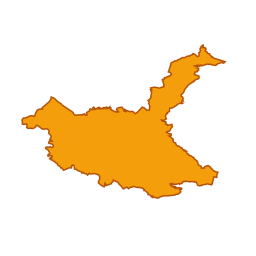 the district of Teocaltiche, Jalisco, Mexico, rotated 83°
{"feature_id": "50627088B70831883496545", "entity_name": "Teocaltiche", "entity_type": "district", "adm_level": 2, "iso_a3": "MEX", "parent_name": "Mexico", "parent_adm1": "Jalisco", "projection": "equal_earth", "projection_center": [-102.54, 21.482], "detail": "fine", "context": "isolated", "style": "filled", "palette": "amber", "viewbox_px": 256, "rotation_deg": 83, "n_neighbors": 0, "source": "geoboundaries", "source_scale": "gbopen_adm2", "svg_char_len": 5786}
<svg xmlns="http://www.w3.org/2000/svg" viewBox="0 0 256 256"><g transform="rotate(83 128 128)"><path d="M182.9,44.2L181.7,47.1L180.5,48.6L176.7,51.2L175.1,53.0L175.6,56.4L177.3,57.5L176.8,58.3L176.8,60.0L175.0,60.1L172.9,62.8L170.4,63.0L168.9,63.7L166.6,66.1L165.3,66.2L165.0,67.2L163.4,68.8L162.2,71.1L161.5,71.0L160.8,72.2L159.5,72.9L158.4,72.5L158.2,73.4L157.5,73.7L157.7,74.3L157.4,75.2L156.8,75.5L156.6,75.1L156.1,76.3L155.5,76.3L155.1,77.0L154.2,77.0L153.4,78.7L152.1,79.8L152.0,80.7L150.9,82.2L148.6,82.6L147.9,84.4L146.1,84.9L145.6,84.5L145.2,85.0L144.8,84.6L144.2,84.9L140.8,88.3L140.8,86.1L139.2,85.9L138.4,88.4L137.1,90.4L136.3,89.7L136.3,87.5L135.7,86.7L133.8,85.7L132.1,83.8L129.8,84.0L130.3,88.3L129.3,88.5L129.4,89.1L128.4,90.4L127.0,89.5L126.4,89.7L125.5,92.8L124.3,93.7L124.8,91.6L123.6,88.8L122.4,89.4L120.2,89.2L118.9,88.3L118.6,87.3L118.2,87.7L117.7,87.5L116.6,84.9L114.0,84.4L113.4,83.8L113.6,81.8L111.3,76.8L110.6,76.3L109.8,73.4L110.4,71.4L110.1,70.7L109.0,71.7L107.7,71.3L107.3,70.5L107.6,70.2L106.9,70.4L105.8,69.6L103.8,70.2L103.0,71.3L101.6,71.2L99.3,68.3L97.2,67.4L92.7,62.9L90.2,58.1L90.2,57.3L89.6,57.2L89.3,56.1L88.2,55.0L87.9,52.7L87.1,51.4L85.0,51.3L83.7,54.3L82.5,55.6L80.7,54.6L80.5,52.5L80.0,52.0L79.5,52.1L79.0,50.8L78.5,51.0L77.4,50.6L77.0,52.0L75.9,51.4L75.2,52.3L75.1,53.7L74.6,54.3L74.1,51.4L75.2,49.7L74.5,49.8L74.7,49.1L74.4,47.8L75.2,47.7L75.3,47.0L74.2,41.8L74.8,39.6L74.8,37.9L75.5,37.2L76.6,33.2L75.0,31.0L75.1,29.8L74.2,27.0L75.1,26.1L75.2,25.0L74.0,23.5L69.4,33.8L68.4,35.2L67.9,35.3L67.7,36.4L67.2,36.2L65.7,37.7L64.4,37.9L63.5,39.9L62.2,40.3L61.2,41.8L60.1,41.8L59.3,40.9L58.0,41.3L57.2,43.9L56.0,43.2L54.8,43.4L55.9,45.3L57.2,46.2L57.5,46.0L58.2,46.9L60.3,46.8L61.9,47.9L62.0,48.5L64.6,48.6L65.4,49.2L65.4,50.8L63.3,52.2L62.0,54.4L63.1,55.2L63.5,57.4L64.0,57.8L64.0,60.8L65.1,63.2L64.7,65.6L66.2,68.6L66.2,69.9L67.3,71.4L67.1,73.5L68.1,75.6L68.3,76.9L69.8,78.0L70.3,77.7L77.3,81.1L78.1,79.1L80.0,78.3L80.1,78.8L81.3,79.7L81.3,80.6L81.8,81.1L81.6,82.2L82.5,83.7L82.4,85.6L83.8,85.8L84.1,88.0L85.2,88.0L85.9,87.3L86.8,87.7L88.1,87.2L91.4,87.2L91.6,89.7L92.3,91.6L90.7,96.8L91.0,100.6L92.0,100.4L92.4,101.0L93.3,99.7L94.0,100.8L95.6,100.2L101.3,102.0L103.2,104.7L103.6,104.1L104.6,104.0L106.0,104.4L109.0,103.7L112.8,104.6L112.6,107.3L110.1,109.3L109.0,111.4L113.0,116.0L114.7,119.1L112.3,121.1L111.9,122.6L112.1,123.8L110.3,127.5L111.6,127.9L110.8,129.9L109.8,130.0L110.0,128.1L108.9,129.3L108.8,130.4L106.7,131.3L106.6,133.5L107.1,136.4L108.6,137.1L110.8,135.4L111.0,136.3L110.7,138.1L110.2,138.2L110.0,139.6L108.0,141.9L108.2,142.1L107.2,143.1L105.9,142.6L105.8,143.5L104.7,143.5L106.3,145.6L106.1,146.1L105.2,145.8L104.6,146.8L105.0,147.8L106.0,147.9L105.8,148.4L104.9,148.4L104.8,150.0L105.8,150.1L105.5,151.2L105.7,152.8L104.9,152.8L105.3,154.7L104.6,154.4L104.4,153.7L103.9,154.4L104.3,156.0L105.4,157.1L105.6,158.9L105.3,159.2L104.4,158.5L103.1,159.5L103.5,160.3L105.6,161.0L105.5,161.7L104.6,162.4L104.5,163.3L104.8,163.8L106.6,164.3L107.4,166.9L108.2,167.5L109.9,167.0L110.3,167.4L109.9,168.8L108.7,169.7L109.2,170.3L108.8,170.8L109.2,171.1L109.2,172.1L109.5,172.4L109.1,173.6L108.8,179.0L107.8,180.1L105.9,180.6L97.1,190.7L95.7,191.5L93.9,193.9L89.5,197.6L87.9,200.4L89.5,200.9L92.2,202.8L97.6,210.9L98.9,210.8L98.4,212.9L99.0,215.7L102.1,218.0L104.9,219.2L104.0,222.3L104.3,224.6L105.6,228.4L105.3,230.6L107.2,232.3L109.4,232.0L111.1,232.5L111.8,231.1L111.6,228.4L111.9,227.9L112.8,227.8L115.0,228.5L116.2,227.4L116.3,224.7L116.9,223.1L116.8,221.8L115.6,219.5L114.4,218.9L114.2,218.2L115.2,216.6L118.5,213.4L119.0,211.9L118.8,208.9L120.2,206.9L121.1,206.6L123.5,207.4L125.7,205.7L127.5,205.2L129.8,207.0L130.3,206.7L131.0,205.3L131.8,204.9L131.5,207.8L133.1,208.6L133.7,208.2L134.7,205.2L136.7,204.1L137.6,204.7L138.2,206.1L137.1,207.6L137.4,209.2L137.0,211.3L137.4,212.2L138.3,212.2L140.0,210.1L142.5,208.9L144.2,209.0L144.5,210.3L145.8,211.1L146.2,210.7L145.9,208.3L146.3,206.9L147.3,206.8L148.3,209.1L148.7,208.2L149.3,208.8L149.4,207.9L150.3,208.1L150.6,206.8L151.4,206.5L152.3,204.9L153.5,204.2L154.7,202.3L156.0,202.5L157.2,201.3L157.8,200.1L159.4,199.7L159.6,198.5L162.1,197.1L160.4,191.3L160.7,189.0L158.5,188.5L158.5,187.8L158.0,187.4L159.1,186.0L162.3,186.1L162.6,184.6L164.3,182.8L166.0,179.3L167.0,179.3L166.8,178.1L167.2,178.1L168.3,175.4L169.8,173.8L168.2,171.9L169.1,170.9L169.1,167.0L170.9,162.9L173.1,162.0L175.3,162.4L177.7,164.0L179.0,164.0L179.9,162.8L180.5,162.8L183.4,159.2L183.5,158.7L180.0,157.5L180.8,157.1L181.6,157.6L181.7,157.0L182.1,157.2L182.5,156.7L181.2,151.2L180.2,150.8L179.3,149.4L177.1,148.7L178.1,148.7L180.7,144.5L182.4,143.9L184.8,141.8L187.7,140.3L187.8,139.3L187.2,138.8L186.6,136.2L188.3,134.8L187.1,132.7L187.2,131.0L186.7,129.5L188.1,126.4L188.2,124.7L189.5,120.9L191.0,119.4L192.0,119.8L192.2,118.7L195.5,115.8L196.4,116.3L197.0,114.6L198.0,113.7L198.4,112.1L199.1,112.9L199.3,112.1L199.9,112.2L200.0,110.1L200.9,108.2L201.2,106.7L200.0,103.5L200.1,102.4L199.6,101.0L200.2,96.9L200.2,89.6L199.5,88.3L199.8,87.0L199.2,85.0L198.5,84.5L198.1,83.6L197.6,83.3L195.6,84.1L195.3,82.2L194.3,82.1L194.0,82.8L194.2,83.2L193.5,84.3L194.0,84.9L193.7,85.1L194.1,85.6L193.8,86.6L192.9,86.8L193.2,87.8L193.7,88.0L193.4,88.7L192.8,89.4L192.7,88.3L192.1,88.2L191.6,89.0L191.8,91.0L191.1,91.0L190.6,92.1L189.9,91.4L189.6,92.9L188.8,93.1L188.4,92.7L188.8,91.9L188.4,90.3L189.8,89.2L189.5,88.5L189.7,87.1L189.3,84.2L190.2,83.6L189.5,82.8L189.7,81.2L188.6,80.7L188.1,80.1L188.2,79.3L187.7,78.8L188.3,77.1L187.9,76.6L189.0,73.0L188.9,70.9L189.4,69.7L189.3,68.6L190.0,68.1L190.2,66.7L193.2,65.9L194.0,64.5L194.1,62.0L193.7,61.9L193.6,61.2L193.3,56.7L193.0,56.2L194.6,52.1L193.6,51.7L193.7,51.2L186.9,48.7L187.9,45.9L185.0,45.4L182.9,44.2Z" fill="#f59e0b" stroke="#b45309" stroke-width="1.5"/></g></svg>